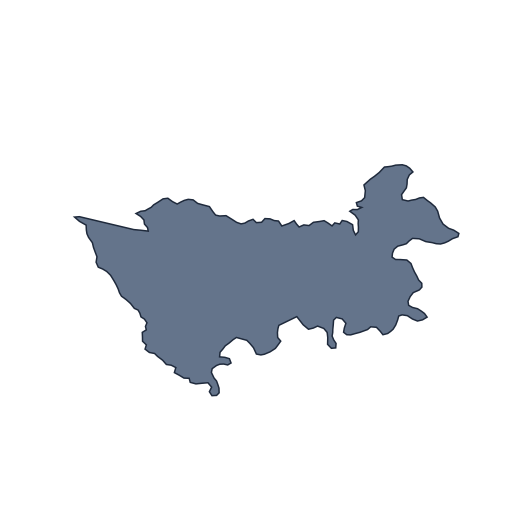 the district of Palmeira, Santa Catarina, Brazil, rotated 115°
{"feature_id": "56859067B29922311879883", "entity_name": "Palmeira", "entity_type": "district", "adm_level": 2, "iso_a3": "BRA", "parent_name": "Brazil", "parent_adm1": "Santa Catarina", "projection": "natural_earth1", "projection_center": [-50.169, -27.574], "detail": "fine", "context": "isolated", "style": "filled", "palette": "slate", "viewbox_px": 512, "rotation_deg": 115, "n_neighbors": 0, "source": "geoboundaries", "source_scale": "gbopen_adm2", "svg_char_len": 3540}
<svg xmlns="http://www.w3.org/2000/svg" viewBox="0 0 512 512"><g transform="rotate(115 256 256)"><path d="M231.7,336.7L233.3,341.4L235.9,344.5L238.9,347.0L242.2,349.4L242.0,354.7L240.9,360.3L243.5,364.4L249.0,367.8L252.9,370.4L256.1,371.5L258.9,373.6L261.8,375.6L264.2,379.4L268.2,382.7L268.9,377.3L270.7,372.8L274.2,370.6L276.1,366.3L279.0,364.2L281.3,371.2L283.7,377.9L295.0,432.7L297.4,436.9L299.2,430.7L299.8,423.0L304.2,420.7L307.3,418.6L309.9,415.6L313.1,409.9L316.9,406.9L320.1,403.7L323.9,399.8L329.2,398.3L332.8,394.2L332.6,389.5L333.1,384.8L334.9,379.7L338.3,374.5L341.1,370.6L344.0,367.1L347.0,364.2L349.3,360.9L350.4,355.2L352.1,349.6L354.9,344.1L354.8,340.1L356.9,337.1L359.8,334.5L360.3,330.5L362.6,326.6L366.6,326.4L369.3,324.2L373.3,326.8L377.3,324.7L381.2,322.8L382.9,317.8L387.3,317.2L388.5,311.9L387.2,306.7L388.6,302.8L389.9,296.6L392.2,291.4L390.8,286.7L391.0,281.5L396.2,280.7L396.5,275.1L397.1,269.7L395.1,264.9L398.3,262.2L397.3,256.4L394.0,250.9L391.2,246.0L393.6,240.8L398.7,240.9L401.2,236.9L399.0,232.8L395.6,231.6L391.4,233.7L388.5,236.4L386.0,238.9L384.3,242.5L380.4,247.2L376.6,248.1L371.9,245.5L369.4,243.1L367.6,239.7L366.7,235.6L363.5,233.4L360.3,236.7L361.0,241.4L362.8,246.4L358.5,247.9L354.7,246.8L350.4,245.9L346.3,243.6L341.5,241.4L338.1,239.3L337.2,233.9L336.3,228.7L337.8,224.6L340.2,219.5L344.7,214.2L343.6,209.8L341.5,206.9L337.0,202.8L331.6,199.4L328.0,198.6L322.7,197.6L320.7,201.9L316.4,204.2L312.7,205.4L309.2,206.0L293.7,193.4L296.0,188.9L298.4,184.2L300.2,177.5L297.1,173.6L293.5,170.6L293.0,163.9L295.2,159.2L299.6,156.5L305.8,153.8L307.8,148.7L305.6,144.9L301.4,146.5L299.3,150.0L296.4,153.2L293.0,154.1L290.0,155.4L285.7,156.9L281.3,158.6L277.7,157.2L276.6,151.3L279.0,146.1L284.0,145.5L288.1,144.4L289.0,140.5L287.5,136.9L284.2,133.1L281.3,129.6L278.3,126.6L275.5,123.8L271.7,122.1L269.7,116.7L271.7,111.6L273.7,107.7L270.6,103.9L267.4,102.1L264.4,100.8L259.5,100.2L254.1,100.6L250.1,101.3L247.6,98.7L246.1,93.6L247.0,87.6L246.7,82.2L243.5,78.1L239.1,75.1L236.9,79.0L236.1,82.8L235.5,87.3L236.5,92.4L236.2,96.8L232.8,99.1L227.6,99.1L222.7,98.0L217.7,93.6L214.1,92.5L210.7,94.2L209.0,98.5L206.3,101.7L203.5,105.6L200.4,109.2L197.3,112.4L195.9,117.6L198.2,123.6L200.2,128.1L199.5,132.2L195.7,133.5L191.4,133.7L187.2,131.7L183.8,127.6L181.3,124.9L177.7,123.6L173.9,121.6L171.4,115.3L171.2,108.2L169.4,101.9L168.7,97.9L167.1,93.8L164.4,90.6L161.4,88.0L157.2,85.2L153.2,81.1L149.8,81.7L149.0,87.8L149.5,93.1L148.0,100.0L144.0,105.7L138.6,110.3L135.8,114.3L134.1,120.1L133.3,124.3L132.1,129.0L134.3,132.4L137.3,135.2L139.6,138.6L141.9,141.4L143.1,147.2L138.9,150.0L134.9,149.3L130.7,148.5L127.0,149.5L122.7,151.3L117.7,151.3L113.5,149.3L111.5,153.8L110.8,157.9L111.5,162.0L114.6,167.8L117.2,170.9L119.2,174.0L121.1,177.2L124.3,178.3L128.2,179.6L133.9,182.4L138.0,184.8L142.0,186.5L146.0,188.2L150.6,184.5L157.2,182.2L161.4,183.7L165.2,187.6L168.0,185.2L167.3,180.7L171.0,183.7L173.0,188.0L175.8,189.9L177.1,183.4L180.0,178.5L183.5,177.1L186.7,175.3L190.8,173.5L194.8,174.7L191.7,178.6L186.8,181.7L186.3,188.2L187.4,192.9L191.6,193.6L192.7,198.6L196.6,199.8L195.7,204.7L195.2,209.2L197.8,212.9L201.2,218.2L206.0,220.8L207.6,225.8L211.5,229.2L209.9,232.8L207.8,236.4L212.6,239.9L217.9,245.3L214.8,250.4L216.2,254.5L216.4,259.0L218.3,263.7L223.1,265.2L225.6,269.8L224.0,274.2L227.5,277.7L230.9,280.0L233.2,283.1L233.7,287.8L233.0,292.7L232.1,300.2L235.1,305.8L236.0,309.9L234.1,313.7L230.9,319.1L232.1,325.7L233.0,331.1L231.7,336.7Z" fill="#64748b" stroke="#1e293b" stroke-width="1.5"/></g></svg>